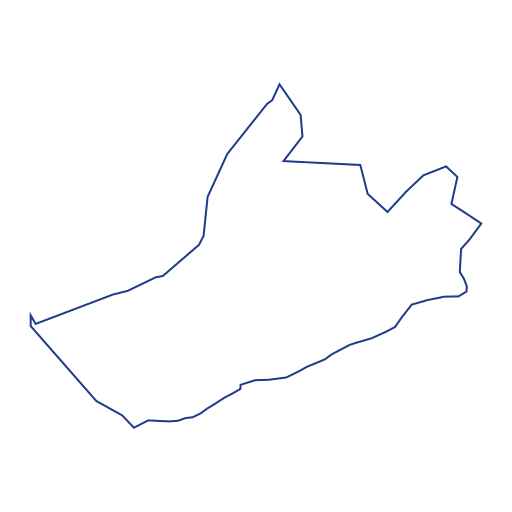 Chinaz, Tashkent, Uzbekistan (Natural Earth projection)
{"feature_id": "79887680B87312828707789", "entity_name": "Chinaz", "entity_type": "district", "adm_level": 2, "iso_a3": "UZB", "parent_name": "Uzbekistan", "parent_adm1": "Tashkent", "projection": "natural_earth1", "projection_center": [68.814, 40.98], "detail": "fine", "context": "isolated", "style": "outline", "palette": "blue", "viewbox_px": 512, "rotation_deg": 0, "n_neighbors": 0, "source": "geoboundaries", "source_scale": "gbopen_adm2", "svg_char_len": 985}
<svg xmlns="http://www.w3.org/2000/svg" viewBox="0 0 512 512"><path d="M133.9,427.7L148.2,420.4L150.4,420.5L160.3,421.0L169.1,421.4L177.9,420.8L185.8,418.0L192.5,417.3L200.4,413.5L207.3,408.5L215.3,403.6L224.4,397.7L233.5,392.9L240.3,389.0L240.6,384.8L255.2,380.2L268.4,379.8L286.2,377.5L299.8,370.8L306.7,366.9L324.8,359.4L331.6,354.4L340.7,349.6L349.8,344.8L358.8,342.0L371.2,338.4L385.9,331.8L395.0,327.0L402.2,316.8L411.7,304.6L427.4,300.1L444.1,296.7L458.5,296.4L466.5,291.5L466.8,286.2L463.9,278.7L459.8,272.1L460.4,261.6L461.1,248.9L469.3,239.8L481.3,223.5L462.2,210.9L451.4,204.0L457.4,177.0L446.1,166.4L423.4,175.3L406.3,191.5L387.5,212.0L367.7,193.9L360.3,165.0L283.5,161.1L302.5,136.4L300.6,114.9L279.5,84.3L272.3,100.0L267.0,104.0L227.3,153.9L207.6,196.9L203.7,234.9L203.6,235.8L199.0,244.8L162.8,276.0L155.7,277.3L127.6,290.9L113.1,294.5L66.9,312.0L35.6,323.9L30.7,315.3L30.7,326.1L96.3,401.0L122.2,415.4L133.9,427.7Z" fill="none" stroke="#1e3a8a" stroke-width="2"/></svg>